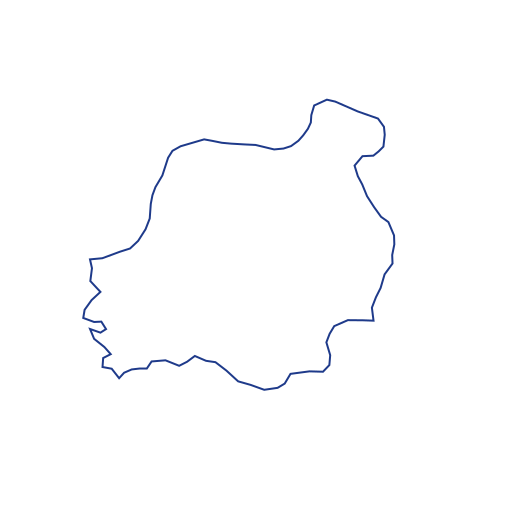 Igaraçu do Tietê, São Paulo, Brazil, rotated 310°
{"feature_id": "56859067B58418720963573", "entity_name": "Igaraçu do Tietê", "entity_type": "district", "adm_level": 2, "iso_a3": "BRA", "parent_name": "Brazil", "parent_adm1": "São Paulo", "projection": "equal_earth", "projection_center": [-48.578, -22.543], "detail": "fine", "context": "isolated", "style": "outline", "palette": "blue", "viewbox_px": 512, "rotation_deg": 310, "n_neighbors": 0, "source": "geoboundaries", "source_scale": "gbopen_adm2", "svg_char_len": 1387}
<svg xmlns="http://www.w3.org/2000/svg" viewBox="0 0 512 512"><g transform="rotate(310 256 256)"><path d="M99.6,244.7L108.1,243.8L117.9,253.7L122.5,267.7L130.7,271.2L140.1,273.4L143.6,285.1L148.6,293.2L149.2,307.0L148.5,322.9L153.8,334.7L158.8,348.3L168.9,357.3L176.7,360.0L187.9,358.2L202.0,371.1L210.4,381.7L219.6,382.3L227.7,376.6L235.1,365.4L243.8,362.4L252.6,361.0L265.9,367.6L275.7,379.5L282.0,387.6L290.9,378.0L301.5,374.4L311.6,372.0L324.6,366.3L338.0,365.4L344.3,359.7L353.8,354.5L360.5,348.5L367.1,335.6L366.4,326.6L369.3,315.2L373.2,302.6L379.1,291.4L382.6,282.7L388.6,273.4L400.9,273.4L408.3,281.4L414.9,282.7L421.7,283.3L431.6,276.7L437.2,271.0L439.7,261.1L432.1,240.9L425.2,217.4L421.3,209.8L408.7,203.8L399.5,207.8L393.5,212.2L386.8,214.0L378.7,214.6L371.5,214.4L362.7,212.2L356.0,208.0L349.3,201.4L340.8,184.3L334.1,175.5L326.0,164.6L320.8,157.1L316.1,148.5L312.0,141.3L302.4,134.9L291.6,127.7L282.9,124.4L274.8,125.5L257.5,132.5L244.1,134.7L236.0,137.6L228.3,141.9L216.4,150.5L205.5,154.2L191.8,156.0L180.8,154.7L171.8,149.0L164.4,144.8L155.5,139.7L146.7,131.0L141.2,138.2L130.3,145.2L128.5,159.9L116.6,158.4L104.6,159.3L97.5,163.5L101.4,174.4L106.3,179.7L103.6,188.1L97.3,186.1L93.4,175.8L88.5,185.2L88.8,198.4L87.4,207.8L79.6,204.5L72.3,209.8L76.9,217.9L74.4,229.7L81.8,230.0L89.2,233.7L94.8,239.0L99.6,244.7Z" fill="none" stroke="#1e3a8a" stroke-width="2"/></g></svg>